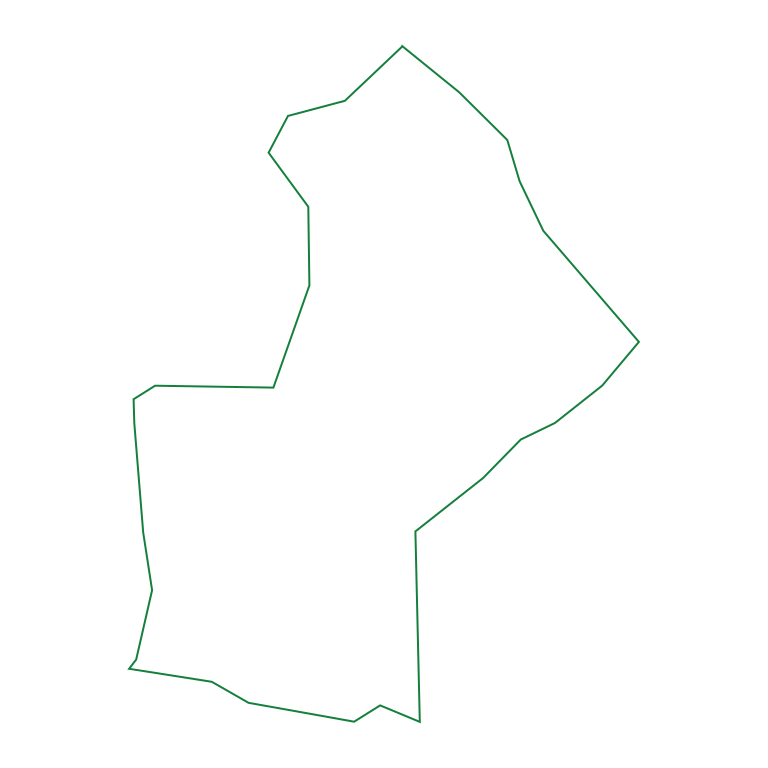 outline of Dioundiou, Dosso, Niger
{"feature_id": "23599985B87103937584190", "entity_name": "Dioundiou", "entity_type": "district", "adm_level": 2, "iso_a3": "NER", "parent_name": "Niger", "parent_adm1": "Dosso", "projection": "orthographic", "projection_center": [3.586, 12.653], "detail": "fine", "context": "isolated", "style": "outline", "palette": "green", "viewbox_px": 768, "rotation_deg": 0, "n_neighbors": 0, "source": "geoboundaries", "source_scale": "gbopen_adm2", "svg_char_len": 496}
<svg xmlns="http://www.w3.org/2000/svg" viewBox="0 0 768 768"><path d="M129.1,668.8L211.8,681.8L248.5,702.8L354.1,721.7L380.1,705.4L419.8,721.9L415.4,531.4L483.1,478.0L520.8,439.5L554.9,423.0L602.2,385.6L638.9,341.9L543.3,230.8L519.6,181.2L507.3,140.0L459.2,92.3L402.2,46.1L401.7,47.0L344.9,100.8L288.0,115.9L268.6,152.7L308.3,206.8L309.4,285.4L273.4,387.6L155.1,385.7L133.6,399.2L134.3,423.2L143.2,532.5L152.1,590.2L136.2,659.5L129.1,668.8Z" fill="none" stroke="#15803d" stroke-width="2"/></svg>